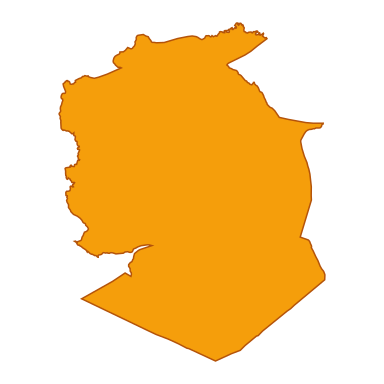 the district of Pokot South, Rift Valley, Kenya
{"feature_id": "3690345B29187481268385", "entity_name": "Pokot South", "entity_type": "district", "adm_level": 2, "iso_a3": "KEN", "parent_name": "Kenya", "parent_adm1": "Rift Valley", "projection": "orthographic", "projection_center": [35.249, 1.339], "detail": "fine", "context": "isolated", "style": "filled", "palette": "amber", "viewbox_px": 384, "rotation_deg": 0, "n_neighbors": 0, "source": "geoboundaries", "source_scale": "gbopen_adm2", "svg_char_len": 5708}
<svg xmlns="http://www.w3.org/2000/svg" viewBox="0 0 384 384"><path d="M81.6,298.8L147.5,330.4L156.2,334.5L168.0,339.0L178.5,343.8L186.9,348.2L188.8,348.6L215.5,361.0L231.4,353.7L240.3,350.3L245.1,345.5L256.4,336.1L258.2,335.6L262.5,331.1L287.1,311.1L290.6,308.7L294.3,305.2L324.7,279.8L324.9,274.9L324.7,274.1L323.6,271.3L321.6,268.8L320.1,266.1L317.9,260.6L315.7,256.5L313.1,250.8L311.3,247.6L311.6,246.9L311.3,245.3L310.8,244.5L309.6,241.4L308.4,240.0L300.2,237.1L311.4,200.0L311.2,195.6L311.3,186.8L309.9,174.1L308.8,169.1L307.8,166.1L307.0,162.7L304.3,156.2L302.0,148.6L300.7,141.8L300.8,140.2L304.2,133.9L305.8,131.6L307.2,130.4L309.2,129.5L311.6,129.3L313.4,128.7L314.4,128.8L316.0,128.0L319.1,128.0L320.2,127.8L321.4,126.6L321.9,124.8L322.4,124.2L323.1,124.0L323.2,123.2L313.1,123.2L305.9,122.6L288.3,119.4L279.3,117.4L274.8,110.8L272.2,108.2L270.1,107.3L269.5,106.8L267.2,104.4L266.9,103.1L266.0,101.7L265.5,100.1L264.2,97.6L263.5,95.4L262.2,92.9L261.6,92.3L260.2,91.8L259.6,91.1L258.3,87.7L257.1,85.9L256.3,85.6L254.6,83.9L254.3,82.4L253.5,82.4L253.3,83.0L251.8,84.8L250.0,84.3L249.1,83.2L247.3,82.4L246.9,81.4L246.3,80.9L245.4,80.7L241.1,75.6L239.6,74.6L238.7,74.4L238.1,73.5L238.1,72.6L237.0,71.0L236.4,70.5L232.4,69.4L231.9,68.8L229.2,67.8L228.6,66.5L226.9,65.0L227.2,64.4L228.4,63.2L245.0,55.0L250.8,51.3L257.4,45.9L267.0,38.7L266.3,37.6L264.8,37.9L262.6,36.1L263.6,33.8L263.3,33.2L261.8,34.4L260.4,35.1L259.7,34.9L259.9,33.2L259.4,32.8L258.8,32.9L258.8,33.8L258.6,34.5L256.4,34.9L255.8,34.7L255.5,34.1L255.6,33.3L257.3,32.3L257.8,31.5L257.2,31.0L256.2,31.0L255.6,31.5L254.8,31.7L253.7,31.6L253.0,32.0L252.6,32.8L251.8,32.7L251.1,32.0L249.0,32.2L248.3,32.4L247.7,33.0L246.0,32.7L245.6,32.0L244.2,31.6L243.8,29.9L244.2,28.0L244.0,27.3L243.2,26.6L243.3,25.8L242.7,24.7L242.0,25.1L241.5,24.7L241.1,23.5L240.1,23.2L238.7,25.2L238.0,24.7L237.7,24.1L238.2,23.3L237.4,23.0L236.4,23.1L234.7,25.5L236.3,26.9L236.4,27.8L235.7,28.3L234.9,27.7L233.0,29.5L232.2,29.4L232.3,28.4L232.1,27.7L231.3,28.0L230.1,29.1L228.6,29.5L228.1,30.1L229.4,30.9L229.2,32.2L228.7,32.4L226.7,32.2L226.3,31.8L226.4,31.1L227.1,30.6L226.3,30.5L224.8,30.6L224.1,31.2L224.6,31.9L224.6,32.7L222.7,32.5L222.2,31.9L220.3,31.6L219.5,32.0L219.5,32.6L219.2,33.2L218.3,34.1L217.0,36.1L216.3,36.2L215.8,35.6L213.3,36.7L212.0,35.6L211.2,36.7L210.4,36.8L209.2,35.8L208.3,35.6L207.3,35.8L206.2,35.7L205.6,36.2L204.7,38.1L202.3,39.5L201.5,39.5L200.3,39.0L197.7,37.3L196.1,36.6L192.2,36.0L187.9,36.5L177.7,38.5L164.2,42.5L156.4,42.8L154.1,42.4L152.2,42.4L151.3,41.7L150.9,40.6L149.4,38.8L148.2,36.7L145.8,36.0L143.3,34.5L138.1,35.3L137.3,35.6L136.5,36.8L136.2,37.6L136.3,39.6L135.0,41.9L135.3,43.9L134.3,46.1L133.0,47.4L132.5,48.3L131.3,48.8L130.5,48.7L127.7,47.5L125.4,50.3L123.4,51.8L119.9,52.0L119.8,53.4L119.3,54.0L116.6,55.3L115.1,56.3L114.3,57.4L113.8,58.3L113.2,60.7L113.2,61.7L113.5,62.7L114.9,64.1L115.4,65.0L118.0,67.3L120.4,67.4L121.3,67.9L107.3,74.1L98.6,77.2L94.3,78.3L90.2,77.4L88.1,76.5L88.1,75.9L86.5,76.1L84.9,75.6L83.5,76.5L82.7,76.4L81.1,77.9L79.1,78.5L75.3,80.5L75.5,82.3L74.5,82.6L73.6,83.9L72.7,83.9L71.9,84.3L70.3,84.1L69.6,82.0L68.8,81.3L68.0,81.5L67.6,80.6L66.7,80.6L66.1,81.2L65.3,81.5L65.2,82.2L63.1,83.9L63.6,86.4L65.4,90.9L65.6,91.8L65.3,93.1L64.6,93.4L63.4,93.3L62.4,93.6L61.5,95.1L61.1,96.6L61.1,97.7L61.6,98.7L62.6,99.1L62.8,100.6L62.1,102.3L61.5,104.8L60.5,106.9L60.3,108.9L60.7,110.9L60.5,111.6L59.3,113.2L59.1,113.8L59.3,114.6L60.4,116.5L60.1,118.3L60.9,120.6L60.8,122.4L61.1,127.9L61.3,128.6L62.6,130.1L63.2,130.4L63.7,130.0L64.9,130.3L66.5,131.0L67.8,130.9L68.3,131.2L69.1,131.3L71.9,133.8L72.7,133.8L73.8,132.9L73.7,134.9L74.0,135.6L74.9,135.9L75.4,136.6L75.0,139.7L75.9,141.2L76.8,141.4L77.1,141.9L77.1,143.7L77.3,144.8L78.5,146.4L79.2,146.3L79.3,146.9L77.8,147.8L77.4,148.4L77.7,149.3L79.5,149.6L79.5,150.4L78.1,153.5L78.2,154.2L78.5,154.8L77.6,155.8L77.6,156.6L78.1,157.0L78.4,159.2L79.6,159.6L79.4,160.3L78.0,160.3L77.6,160.7L76.6,164.4L75.9,164.2L74.6,164.6L74.4,166.1L74.1,166.6L72.0,166.3L71.3,165.2L70.6,165.3L70.1,166.1L70.8,166.6L70.3,167.1L66.4,167.7L65.5,168.0L65.1,168.5L65.6,171.0L65.6,173.5L65.8,175.5L66.3,176.0L66.2,177.5L66.7,178.9L67.4,179.3L68.1,178.7L68.3,177.9L69.6,179.0L70.3,179.3L70.4,180.2L71.6,181.4L71.7,182.2L72.2,182.6L73.6,182.8L74.0,182.3L74.6,182.7L73.4,184.4L72.7,184.6L72.5,185.5L73.4,186.8L72.8,187.0L71.5,186.2L70.5,186.2L70.1,186.9L70.4,188.5L70.0,190.6L68.5,191.2L66.6,191.3L66.1,191.9L65.8,192.7L66.0,195.5L67.3,195.8L67.3,196.6L66.8,197.2L67.5,198.4L66.6,200.4L67.1,202.2L68.5,204.6L68.5,207.6L70.3,210.0L70.9,211.7L73.5,214.4L77.4,216.2L80.2,218.3L82.0,220.4L83.0,222.3L83.6,222.9L85.0,223.4L85.5,224.0L85.6,225.0L86.0,225.6L87.2,226.6L88.1,228.1L88.4,228.9L88.1,229.7L87.0,231.0L86.3,231.5L84.4,232.2L84.1,233.2L83.6,234.0L83.3,235.3L82.1,237.1L81.5,239.6L81.2,240.1L80.6,240.6L77.5,241.7L77.3,242.5L75.5,241.1L74.6,241.3L76.2,242.3L77.6,244.8L78.3,245.2L79.4,245.2L79.8,245.8L81.2,246.5L82.8,247.9L85.6,249.7L86.4,250.5L87.3,252.1L87.8,251.4L90.2,253.6L91.5,254.2L92.4,254.3L94.8,255.6L95.5,255.5L96.2,255.7L97.6,257.1L98.2,257.2L98.1,255.7L98.5,255.1L100.9,254.6L101.8,254.1L102.9,252.9L103.7,252.6L105.8,253.1L107.1,252.7L107.7,253.1L109.3,253.3L110.6,252.7L111.7,252.7L112.9,252.9L115.9,253.9L123.3,253.2L125.1,252.0L127.8,251.7L129.3,252.3L130.8,252.4L132.1,251.9L132.5,251.4L133.5,249.0L136.0,248.0L137.8,246.9L141.1,245.7L147.3,244.8L149.3,244.9L151.9,245.6L139.9,249.6L138.4,250.4L134.5,253.6L133.6,257.0L133.5,258.5L132.6,259.9L132.2,261.1L131.6,261.9L130.3,262.5L129.4,263.8L128.7,264.4L128.6,266.2L130.1,268.6L130.2,271.2L131.3,272.8L131.4,274.5L130.9,276.4L125.1,273.0L112.7,281.3L81.6,298.8Z" fill="#f59e0b" stroke="#b45309" stroke-width="1.5"/></svg>